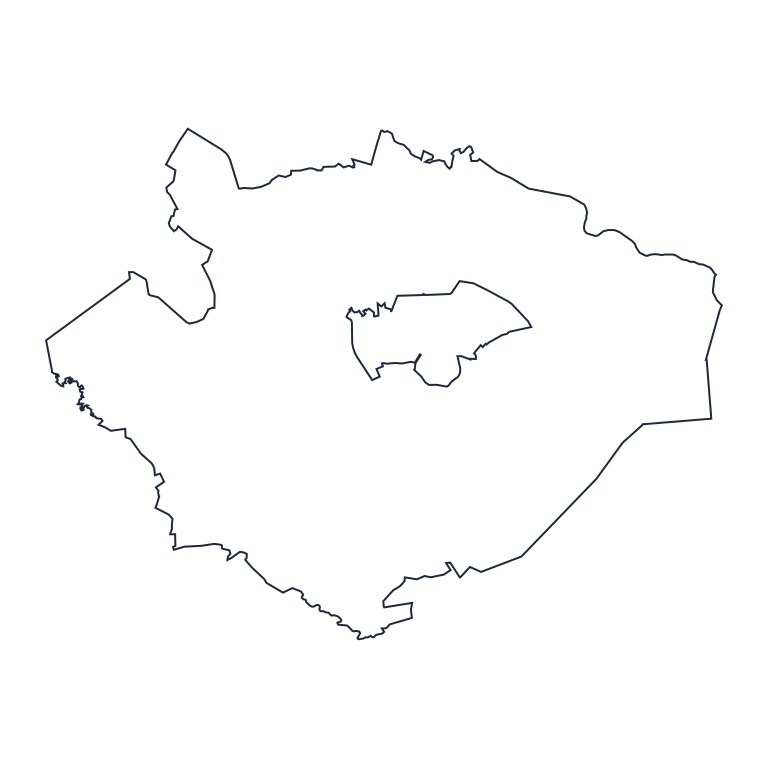 Baldones pag., Baldones, Latvia (Mercator projection)
{"feature_id": "27541924B60801434690140", "entity_name": "Baldones pag.", "entity_type": "district", "adm_level": 2, "iso_a3": "LVA", "parent_name": "Latvia", "parent_adm1": "Baldones", "projection": "mercator", "projection_center": [24.339, 56.727], "detail": "fine", "context": "isolated", "style": "outline", "palette": "slate", "viewbox_px": 768, "rotation_deg": 0, "n_neighbors": 0, "source": "geoboundaries", "source_scale": "gbopen_adm2", "svg_char_len": 6032}
<svg xmlns="http://www.w3.org/2000/svg" viewBox="0 0 768 768"><path d="M382.2,130.5L381.0,131.0L376.7,145.0L371.2,164.7L352.2,159.2L354.6,164.7L353.4,165.7L354.2,167.1L353.1,167.6L349.1,165.7L343.6,167.4L338.7,163.7L335.0,166.5L323.4,166.9L321.7,170.4L317.0,170.4L316.8,169.9L312.5,168.5L309.5,168.3L300.2,170.6L291.2,170.8L290.9,174.7L285.5,177.0L278.7,175.5L271.8,180.0L269.5,183.2L261.2,186.8L252.6,188.5L244.0,188.0L239.7,188.6L238.8,188.5L230.0,159.7L228.1,156.1L225.9,153.1L220.9,149.1L187.8,128.8L178.9,141.8L173.3,152.0L172.6,152.3L166.0,164.6L175.5,170.3L173.8,180.3L172.9,181.8L166.4,187.5L167.0,191.9L169.9,194.8L177.4,209.0L174.9,209.6L173.5,216.0L171.3,216.3L168.8,223.3L169.9,226.5L173.9,231.2L176.5,229.4L178.2,226.3L192.2,238.8L212.0,249.8L207.7,261.3L202.1,264.9L210.1,280.6L214.6,294.6L214.4,307.9L212.3,307.9L208.1,309.5L207.8,310.8L203.4,318.9L196.7,322.0L189.5,323.6L186.4,322.1L159.1,298.0L157.9,297.2L149.4,295.1L148.5,293.6L146.6,281.7L146.0,279.8L145.4,279.2L133.3,272.1L129.0,272.1L129.9,278.9L46.1,340.3L52.0,370.8L51.8,372.0L53.8,373.5L58.0,374.5L58.9,376.1L58.6,376.5L57.2,376.3L56.7,375.6L56.0,376.1L56.0,377.5L57.1,378.3L57.8,380.1L56.4,381.7L61.1,385.8L63.3,386.3L63.2,384.6L62.5,383.6L62.7,383.3L65.6,383.1L64.7,381.8L65.6,381.0L65.4,378.7L69.9,377.4L70.5,377.7L70.5,378.3L69.3,379.4L68.2,381.7L69.8,383.4L71.4,382.6L71.1,381.7L70.3,381.1L71.1,380.7L71.7,379.1L72.2,379.0L72.5,379.3L72.4,380.5L73.1,381.4L76.6,381.2L77.9,383.5L77.9,385.5L79.1,387.1L80.1,387.2L81.3,385.5L81.8,385.5L82.5,386.3L83.5,388.4L83.4,388.8L80.3,389.1L79.6,389.7L80.2,391.7L82.6,392.4L81.3,395.7L82.4,395.6L83.3,397.2L81.5,397.4L81.1,399.1L79.6,399.4L78.8,402.9L77.7,404.2L80.0,404.5L81.1,403.4L82.9,403.8L82.0,404.8L81.3,407.1L80.3,407.9L80.4,408.7L81.5,410.5L83.6,409.9L83.6,409.4L82.6,408.5L82.4,407.1L83.7,407.7L84.1,407.3L84.3,406.1L86.5,405.2L88.0,405.6L86.9,406.6L87.5,407.8L89.5,408.3L91.4,409.9L91.1,411.3L91.8,413.0L90.8,414.0L90.9,414.9L92.1,415.5L92.2,414.2L93.0,413.6L93.4,414.0L93.1,415.3L93.6,416.4L95.0,416.7L95.4,415.7L95.3,416.8L96.6,418.2L101.1,418.9L102.5,420.9L98.6,424.8L104.6,427.1L110.9,430.8L125.2,428.8L125.6,437.2L130.6,439.1L141.1,453.9L151.4,463.0L153.2,465.7L154.3,468.7L154.9,475.3L160.1,473.6L164.1,481.8L155.9,487.4L158.5,490.8L158.1,492.2L158.7,495.9L159.2,496.2L156.9,504.1L155.4,507.8L168.8,514.6L172.5,518.7L171.9,523.8L172.0,528.8L170.3,533.4L170.2,534.3L175.1,534.2L175.4,545.9L173.0,547.0L173.9,549.8L184.1,546.7L201.5,545.8L214.2,543.9L219.5,544.5L221.7,545.2L222.0,545.7L221.9,548.1L222.7,548.8L229.3,550.3L230.4,553.8L228.0,556.5L227.4,560.0L231.3,558.0L240.0,551.8L244.2,552.6L246.8,553.9L246.6,558.1L245.2,559.8L252.3,567.9L264.2,579.0L266.5,582.9L283.0,592.6L292.3,588.1L300.8,591.4L303.1,594.5L303.0,595.3L301.9,596.6L301.8,597.8L303.2,599.2L305.7,599.8L306.3,602.2L309.6,605.3L312.0,606.7L313.6,606.6L317.1,604.8L318.8,605.3L319.7,606.2L319.9,607.4L319.4,608.8L320.0,610.7L320.9,611.2L324.1,611.3L325.4,612.3L328.5,612.7L331.3,615.5L334.6,615.3L337.1,616.1L339.2,617.4L341.1,619.6L341.2,620.8L340.6,621.7L337.5,622.5L337.4,622.9L338.3,624.7L347.0,625.5L350.4,628.5L352.1,630.7L353.3,631.3L356.5,630.9L359.3,631.6L360.1,633.2L357.5,638.0L358.0,638.9L358.9,639.2L363.5,638.5L365.1,637.4L367.8,637.4L370.7,635.8L372.2,637.2L373.8,637.3L376.0,634.9L382.4,633.5L384.1,631.9L381.8,628.4L385.8,628.3L387.3,627.3L389.7,624.4L411.9,617.9L410.9,609.6L412.2,602.9L384.2,607.4L383.7,606.5L383.3,601.2L393.2,590.3L400.2,586.0L402.3,583.7L404.5,581.1L404.8,577.4L417.0,579.3L424.7,576.0L430.6,577.3L443.8,574.6L450.6,570.1L446.1,563.0L450.2,562.6L459.8,577.4L460.5,577.1L469.9,567.0L481.1,571.9L521.5,556.5L596.5,478.7L622.6,442.7L642.1,425.3L642.5,424.3L711.3,418.7L706.7,360.1L706.6,359.5L705.9,359.7L719.7,310.5L721.9,305.4L717.0,300.5L713.0,292.5L712.9,290.8L714.3,278.2L714.9,276.0L716.0,274.8L714.1,273.1L713.0,271.1L710.1,267.7L703.1,264.5L699.2,264.2L694.1,261.9L689.9,261.7L687.1,260.2L682.1,259.4L675.8,255.4L672.9,254.5L664.6,254.5L662.0,255.1L655.8,254.1L650.8,254.6L647.2,255.8L645.5,255.6L639.6,252.7L636.3,247.6L634.8,243.8L631.9,240.8L619.4,232.0L614.4,230.1L608.5,230.0L603.3,231.3L598.3,235.2L596.8,235.8L594.9,235.9L586.7,233.3L584.8,231.1L584.3,229.9L584.0,227.1L584.8,222.4L586.4,218.5L586.4,215.9L587.2,212.9L586.1,208.4L584.3,204.6L569.9,196.4L528.6,188.6L511.2,178.0L497.4,172.0L479.6,159.1L477.5,160.9L471.4,161.0L470.2,154.8L473.2,152.5L471.2,147.2L469.7,146.1L466.9,147.8L463.2,152.1L460.9,153.1L459.4,150.7L459.7,149.0L454.8,150.4L451.6,153.5L453.6,155.9L452.5,160.4L451.4,166.9L451.0,166.6L449.5,168.7L447.4,166.8L445.4,163.9L444.3,161.3L439.0,160.1L432.5,161.4L429.8,162.9L425.3,161.9L428.2,160.0L432.0,159.2L433.1,156.9L432.6,155.3L423.6,151.0L421.1,159.8L419.6,158.2L415.4,156.6L411.0,154.0L409.4,150.4L403.8,144.9L398.2,143.2L394.4,141.0L391.9,133.6L387.4,131.1L384.3,132.0L382.2,130.5ZM384.6,303.3L385.5,307.8L390.9,309.4L391.1,311.9L397.4,295.8L423.7,295.0L423.6,294.1L425.8,295.0L449.5,294.0L451.2,293.4L459.6,281.1L473.4,283.3L488.0,290.5L508.1,301.4L511.7,303.9L528.1,321.3L531.3,327.0L509.2,331.8L507.1,333.8L502.2,335.0L488.7,342.6L486.6,344.5L485.7,343.8L482.7,347.0L480.7,345.2L474.0,353.2L475.3,354.5L476.0,356.3L475.8,359.0L470.3,358.8L470.3,359.5L461.4,356.2L457.5,356.2L460.2,368.3L460.1,372.3L459.5,374.3L458.0,376.9L451.7,381.4L448.3,385.8L446.7,386.6L437.3,384.9L429.0,384.9L425.3,382.4L421.3,376.6L414.2,369.8L414.7,369.4L415.5,363.1L420.7,354.9L419.8,354.4L414.9,362.7L411.0,361.8L401.8,363.5L395.3,363.0L386.3,363.7L383.6,363.1L381.9,363.4L382.9,366.3L376.5,369.0L379.7,376.6L372.2,380.1L357.5,357.7L354.7,352.7L352.9,347.0L352.2,343.1L351.9,322.5L351.2,320.1L346.6,317.1L346.7,316.1L348.6,312.6L350.2,311.2L349.3,309.9L351.2,307.8L351.9,308.5L351.6,309.4L354.4,312.4L357.2,312.1L359.2,310.8L360.5,313.3L362.1,314.7L362.2,316.1L363.6,315.6L365.5,313.8L363.1,311.2L365.7,309.6L366.3,310.5L368.8,308.6L374.0,312.5L373.9,316.1L374.3,316.5L378.5,315.6L377.7,303.5L381.4,306.5L384.6,303.3Z" fill="none" stroke="#1e293b" stroke-width="2"/></svg>